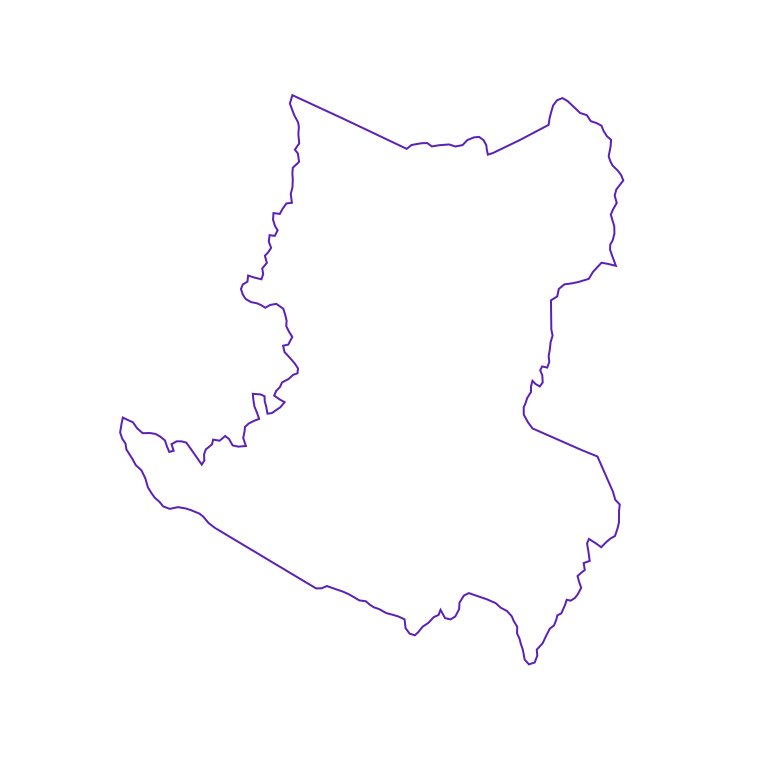 the district of Imbituva, Paraná, Brazil, rotated 171°
{"feature_id": "56859067B92687138027542", "entity_name": "Imbituva", "entity_type": "district", "adm_level": 2, "iso_a3": "BRA", "parent_name": "Brazil", "parent_adm1": "Paraná", "projection": "albers", "projection_center": [-50.641, -25.225], "detail": "fine", "context": "isolated", "style": "outline", "palette": "violet", "viewbox_px": 768, "rotation_deg": 171, "n_neighbors": 0, "source": "geoboundaries", "source_scale": "gbopen_adm2", "svg_char_len": 3904}
<svg xmlns="http://www.w3.org/2000/svg" viewBox="0 0 768 768"><g transform="rotate(171 384 384)"><path d="M480.7,522.0L486.2,517.2L486.1,511.4L488.7,506.6L496.5,509.9L501.2,512.4L502.9,506.4L507.9,504.4L510.4,500.3L509.5,494.5L507.4,489.7L502.7,485.8L496.5,483.4L492.9,481.0L489.3,477.9L484.0,479.9L477.8,480.0L471.7,474.1L470.7,467.6L470.3,461.7L471.5,456.5L469.6,450.4L467.2,444.9L472.4,437.9L477.7,437.6L477.2,431.0L473.6,425.7L469.2,418.7L466.5,412.9L467.8,408.1L472.2,407.3L477.6,403.8L484.5,401.5L487.2,397.3L491.6,394.0L494.3,389.7L489.1,384.8L485.0,381.6L490.1,377.2L495.2,374.8L499.3,372.8L503.7,372.9L503.9,380.2L504.5,385.7L503.9,390.6L507.5,393.0L515.1,394.8L515.5,388.8L515.5,382.1L514.0,375.8L512.8,369.1L518.3,367.9L523.9,366.1L528.0,363.3L529.2,358.8L531.5,352.7L530.1,344.4L537.6,344.9L543.1,347.0L545.6,353.8L549.0,357.5L555.2,353.7L561.4,355.8L563.4,351.2L570.3,347.2L572.8,342.4L573.4,336.6L576.6,332.9L584.3,348.8L588.5,357.1L593.2,359.1L597.8,359.8L603.3,357.8L602.2,351.0L606.7,350.5L608.1,356.1L609.2,362.6L613.3,367.1L617.4,370.4L622.9,372.2L630.1,373.2L634.9,379.1L637.9,385.4L642.0,388.1L647.2,391.7L649.5,385.6L652.2,377.4L651.1,371.0L648.6,365.5L648.7,359.7L644.1,349.1L641.9,342.8L637.1,336.7L634.5,328.2L633.4,319.0L630.9,313.0L628.2,307.5L624.3,302.9L621.3,297.7L615.2,294.2L606.8,294.6L599.3,292.1L594.2,289.5L586.5,284.8L583.3,281.3L579.0,274.1L573.5,268.3L499.9,206.8L483.0,192.7L477.4,192.0L472.1,193.4L464.3,189.2L456.8,185.2L452.0,182.1L446.7,177.9L442.2,174.1L436.0,172.3L432.6,168.3L428.9,165.0L424.1,162.5L417.6,157.4L411.3,154.6L406.1,152.1L400.5,148.3L400.9,139.5L397.7,133.4L392.9,131.0L389.0,133.5L383.9,138.2L377.6,141.1L371.4,145.9L366.2,147.4L363.5,152.1L360.3,143.2L355.1,141.1L350.0,143.2L345.0,149.8L343.7,156.1L338.3,162.5L332.9,164.2L315.8,155.1L308.0,150.1L303.7,144.8L298.0,140.5L294.1,134.5L292.9,129.5L290.4,123.4L291.6,116.8L290.0,111.3L289.5,105.8L288.6,101.0L288.3,96.2L288.2,89.8L284.7,84.4L278.7,85.4L275.1,91.7L274.7,97.7L267.8,103.2L263.1,110.1L258.5,116.4L253.9,118.9L250.7,124.2L249.0,128.4L244.8,129.7L240.0,137.0L237.3,142.3L233.4,140.8L228.8,142.9L225.6,145.9L221.1,151.9L222.2,157.7L222.9,164.0L218.6,166.8L214.8,168.8L214.8,175.9L208.5,177.1L208.3,187.5L208.4,194.7L205.8,198.9L199.5,193.3L195.0,188.8L188.9,193.3L184.8,195.8L179.6,197.8L175.8,205.1L173.6,210.5L172.5,217.0L171.7,222.0L170.0,228.1L173.7,233.5L174.7,241.7L184.5,279.0L198.9,287.7L244.3,316.9L247.8,323.7L250.7,331.7L249.7,339.1L247.2,342.9L244.8,347.7L240.0,353.2L239.3,358.3L236.9,363.9L234.2,360.2L230.5,357.2L227.0,360.7L226.3,367.9L227.6,373.1L225.0,376.6L220.2,374.7L217.3,379.9L217.0,386.0L214.9,391.8L212.9,399.3L209.9,405.4L210.2,411.7L206.0,440.5L199.2,443.4L196.5,450.5L190.3,454.2L183.9,454.0L176.2,454.3L171.1,455.0L165.3,455.8L160.2,461.9L155.3,465.8L150.2,469.7L144.8,467.9L136.5,464.5L138.8,476.0L139.7,481.3L138.7,486.4L135.8,489.9L132.9,496.4L131.9,503.7L133.5,515.8L130.5,520.6L125.8,526.4L126.7,534.0L124.1,539.8L115.8,547.6L117.1,553.3L119.8,558.3L124.2,564.2L125.6,568.7L126.5,573.7L123.0,583.3L121.5,589.7L125.1,593.9L127.6,599.7L128.8,605.1L133.3,608.5L138.7,611.3L141.6,617.8L147.9,621.0L152.0,626.4L158.4,634.7L163.0,638.5L168.7,637.2L173.4,632.6L176.4,626.3L178.9,620.5L180.9,614.2L211.7,603.7L240.6,595.0L245.5,594.3L245.8,599.2L245.6,603.9L247.6,609.4L251.5,613.2L256.7,613.5L263.5,611.9L269.0,607.7L276.3,607.4L282.2,610.4L291.8,611.2L299.6,611.2L303.6,615.2L308.9,615.9L314.1,615.9L319.5,615.7L324.8,612.7L381.3,651.4L429.3,683.6L433.1,675.7L430.6,663.5L427.9,655.8L427.9,651.0L429.5,644.2L430.1,634.9L435.4,629.4L433.0,625.2L433.1,616.7L440.2,611.9L441.6,606.1L442.0,600.9L443.6,592.6L446.4,586.3L446.6,577.4L452.2,577.6L457.0,572.6L460.3,568.3L466.4,570.1L467.9,563.6L466.9,557.0L465.0,552.4L468.7,547.4L473.7,548.9L475.5,542.7L474.2,536.1L478.0,532.0L481.6,529.3L480.7,522.0Z" fill="none" stroke="#5b21b6" stroke-width="2"/></g></svg>